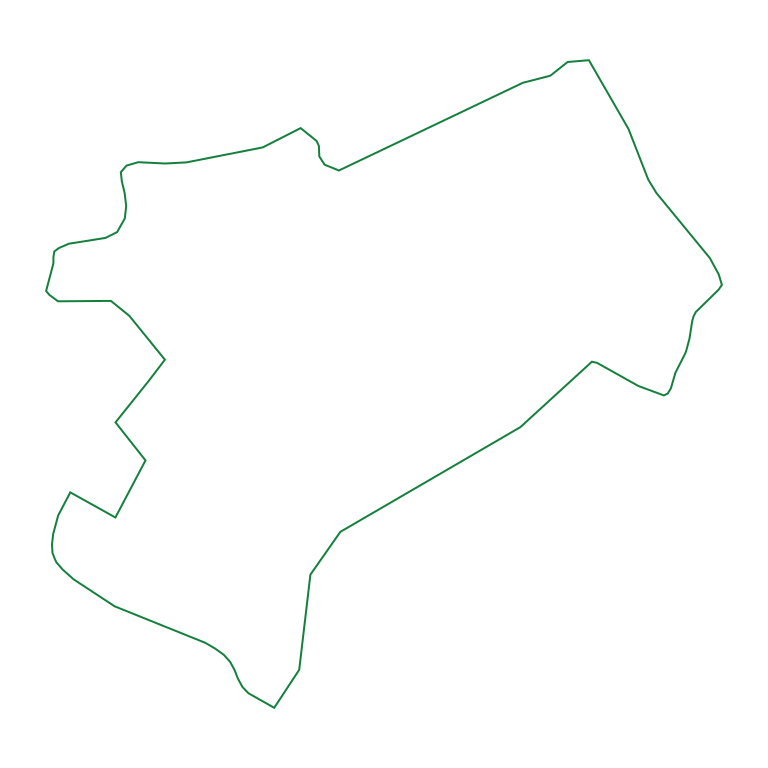 an SVG outline of Grad Zagreb
{"feature_id": "HRV-1589", "entity_name": "Grad Zagreb", "entity_type": "City", "adm_level": 1, "iso_a3": "HRV", "parent_name": "Croatia", "parent_adm1": "", "projection": "natural_earth1", "projection_center": [15.947, 45.796], "detail": "fine", "context": "isolated", "style": "outline", "palette": "green", "viewbox_px": 768, "rotation_deg": 0, "n_neighbors": 0, "source": "natural_earth", "source_scale": "10m", "svg_char_len": 1078}
<svg xmlns="http://www.w3.org/2000/svg" viewBox="0 0 768 768"><path d="M338.9,170.5L522.8,82.8L550.3,75.7L567.6,62.0L588.9,60.2L628.5,129.0L648.2,179.5L656.4,193.0L709.8,258.0L718.7,274.3L721.9,284.9L718.5,289.8L695.8,312.0L693.5,316.5L692.2,321.1L689.5,338.5L686.1,351.2L685.2,353.5L675.4,372.8L670.9,388.3L667.7,393.6L663.8,395.4L638.4,386.0L596.9,362.8L591.9,361.7L520.4,427.1L340.4,531.8L310.4,574.6L299.2,669.8L274.2,707.8L248.5,693.3L242.4,686.9L237.8,678.4L234.6,670.1L230.3,662.1L223.9,654.9L215.2,648.6L205.4,642.9L114.6,606.3L73.7,579.4L62.8,569.7L56.6,562.6L55.0,559.4L52.5,553.0L52.0,544.4L53.2,533.9L58.2,515.4L70.3,492.4L115.4,517.5L145.5,460.4L115.5,422.4L148.8,380.8L164.9,359.7L129.3,315.8L110.9,300.9L58.0,301.3L49.4,294.9L46.1,291.0L53.4,263.4L53.4,257.4L54.3,251.5L58.8,248.1L68.9,243.7L105.5,237.9L117.1,232.1L124.8,218.5L126.2,205.9L124.6,192.8L121.9,181.7L120.8,172.2L126.5,165.6L138.3,162.2L165.2,163.5L186.3,162.4L262.7,147.4L300.6,128.1L316.6,141.0L318.9,146.0L319.3,156.4L324.6,164.7L338.9,170.5Z" fill="none" stroke="#15803d" stroke-width="2"/></svg>